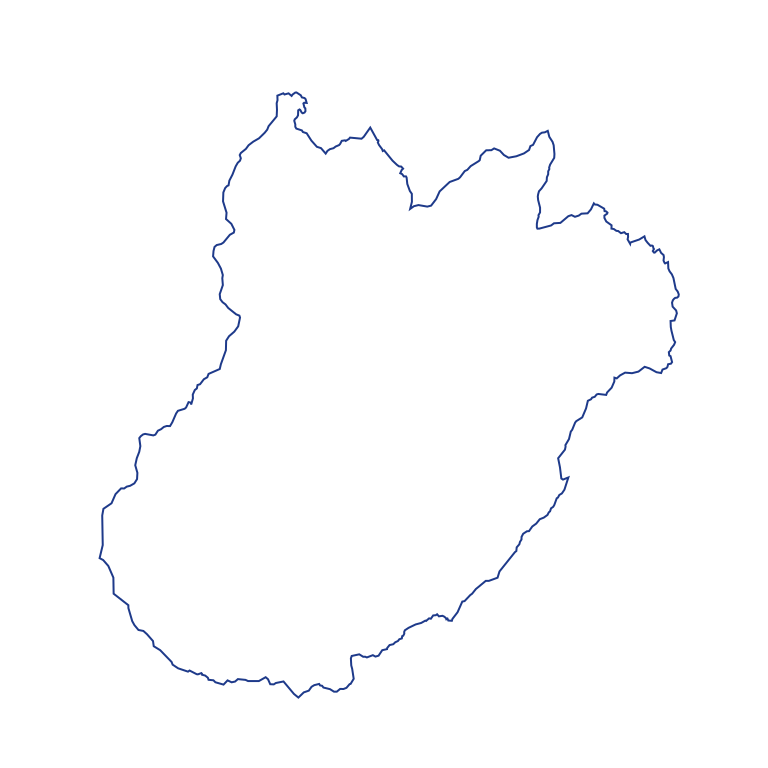 Sao Lourenco Dos Orgaos, São Salvador do Mundo, Cabo Verde (Equal Earth projection), rotated 353°
{"feature_id": "66160863B72941798312267", "entity_name": "Sao Lourenco Dos Orgaos", "entity_type": "district", "adm_level": 2, "iso_a3": "CPV", "parent_name": "Cabo Verde", "parent_adm1": "São Salvador do Mundo", "projection": "equal_earth", "projection_center": [-23.584, 15.067], "detail": "fine", "context": "isolated", "style": "outline", "palette": "blue", "viewbox_px": 768, "rotation_deg": 353, "n_neighbors": 0, "source": "geoboundaries", "source_scale": "gbopen_adm2", "svg_char_len": 6137}
<svg xmlns="http://www.w3.org/2000/svg" viewBox="0 0 768 768"><g transform="rotate(353 384 384)"><path d="M341.5,95.6L340.9,91.7L340.0,90.5L337.4,89.5L336.6,87.3L332.7,84.0L331.5,83.9L328.6,85.5L327.4,86.8L324.7,83.9L320.5,84.5L319.5,83.2L313.3,84.8L312.9,89.3L311.7,92.2L311.2,98.8L310.1,105.3L300.9,114.0L299.1,117.3L296.2,120.1L289.9,124.9L283.8,127.5L278.7,130.5L275.6,133.8L270.0,137.3L268.7,139.2L269.4,142.5L268.3,144.8L265.8,146.6L263.3,149.9L259.1,157.7L255.3,163.3L253.9,167.9L252.3,168.4L250.2,170.2L247.9,174.3L246.5,183.1L248.6,194.8L247.3,201.0L252.0,206.4L254.3,212.8L253.4,215.4L249.2,217.1L241.9,224.0L239.5,225.2L234.9,225.7L232.5,227.3L231.0,231.2L229.9,236.5L233.9,243.6L236.2,249.6L237.3,256.2L236.4,259.3L236.1,266.2L231.9,274.8L231.8,279.8L233.7,283.1L236.4,285.7L238.6,289.5L245.7,296.8L248.8,298.5L249.2,300.5L246.3,309.0L241.8,313.8L236.0,317.7L232.6,321.8L231.2,331.2L224.5,344.5L222.8,349.1L211.1,352.6L209.4,355.8L205.8,357.3L201.4,361.8L198.8,362.3L197.7,365.6L195.5,366.9L192.9,371.2L192.6,375.0L190.1,380.9L190.0,378.9L187.8,378.2L184.7,383.2L183.1,384.3L176.2,385.5L174.1,387.9L169.2,396.2L166.5,399.7L163.2,399.2L160.2,399.8L157.2,401.7L153.9,402.8L150.9,406.4L148.8,406.9L140.8,404.4L138.7,404.7L136.2,406.2L134.5,407.9L134.6,416.0L132.8,421.5L129.6,427.5L127.2,434.3L128.4,442.1L127.3,448.3L124.1,452.2L119.6,454.1L116.2,454.5L113.4,456.0L110.3,455.6L104.1,460.6L99.0,469.2L90.3,473.7L88.3,480.2L85.2,509.6L80.5,522.2L83.8,524.5L88.2,531.0L91.8,543.2L90.1,559.2L103.3,572.4L103.0,575.3L105.2,588.7L106.9,592.9L110.3,598.2L115.1,599.8L118.3,603.5L123.4,611.0L123.5,616.2L129.4,620.9L139.3,634.0L140.0,636.8L145.0,641.1L154.4,645.6L156.1,644.7L162.7,649.2L163.9,649.5L167.5,648.7L168.1,649.6L168.0,650.4L171.0,651.6L173.4,654.1L173.8,656.2L178.6,657.3L180.3,659.5L188.1,662.8L192.6,659.1L196.4,661.5L199.9,661.2L203.0,659.1L210.5,660.8L212.9,662.3L223.6,663.6L230.8,660.6L232.9,662.9L234.5,668.1L238.0,668.7L240.2,667.6L248.0,667.0L256.8,680.6L260.8,684.8L266.8,680.3L272.0,679.2L275.2,675.7L278.1,674.4L283.1,673.8L283.8,675.4L285.8,676.0L286.9,677.9L293.2,680.3L296.9,683.3L299.7,683.6L303.3,681.3L306.6,681.8L309.7,681.0L313.3,677.7L314.3,677.6L318.0,672.9L317.7,662.9L317.2,659.3L317.7,652.3L318.8,650.0L326.5,649.3L330.1,652.2L332.1,652.4L333.7,653.3L339.9,651.8L342.3,653.5L345.5,653.0L349.8,648.0L354.7,647.5L355.0,646.4L357.7,643.8L361.5,643.4L363.7,641.7L366.5,640.8L368.1,639.2L370.7,638.7L371.3,636.5L372.4,636.2L373.7,634.3L373.8,632.6L374.7,631.0L378.7,629.0L386.1,626.5L391.8,625.7L396.2,623.9L396.9,624.3L400.2,622.1L401.9,622.7L404.6,619.7L407.3,619.8L408.6,619.0L410.2,621.3L413.8,621.2L415.5,622.3L417.0,624.0L417.2,625.1L418.4,624.6L419.0,626.6L422.5,627.3L423.3,625.5L429.2,619.5L435.2,609.5L437.5,609.3L443.9,604.0L445.9,602.9L450.2,598.7L461.0,591.8L464.0,592.2L473.1,590.1L475.8,584.1L493.4,566.9L495.0,565.9L495.8,562.3L498.8,559.6L499.7,557.3L501.5,555.1L501.9,552.5L503.9,549.6L507.9,547.6L510.0,547.7L513.8,543.5L518.1,541.1L522.1,537.2L526.3,536.1L530.3,533.9L531.9,531.5L533.3,530.6L534.6,527.8L537.0,526.5L538.3,524.8L541.5,518.5L542.8,517.9L544.5,515.5L547.2,514.3L550.2,510.9L555.6,499.2L550.0,500.7L548.5,499.4L548.5,488.2L547.8,478.9L555.6,471.2L556.6,468.3L556.6,466.8L560.9,461.2L563.6,454.0L565.2,452.4L569.0,445.6L570.3,444.3L576.7,441.3L581.6,432.8L584.3,425.5L587.6,424.4L588.9,422.9L591.6,422.4L593.8,420.3L595.5,420.0L603.2,421.9L604.4,419.6L609.5,415.4L612.9,409.6L613.5,405.8L615.7,406.8L619.4,404.2L624.7,402.1L631.5,403.5L638.1,402.7L644.8,398.7L649.5,400.9L655.9,405.5L660.4,406.9L662.2,403.6L666.2,402.7L667.4,401.6L668.4,399.0L671.3,398.8L672.6,397.4L671.8,391.3L670.6,390.5L670.6,387.1L672.5,385.7L673.3,383.8L676.7,380.4L678.1,377.9L677.0,375.7L675.8,366.1L675.6,362.4L676.1,356.4L680.1,356.3L683.3,349.5L682.9,346.6L679.9,342.4L679.8,338.4L680.9,336.1L682.1,334.9L683.5,334.0L685.5,334.0L686.9,333.0L687.5,331.0L686.8,328.1L685.1,325.2L684.2,314.1L683.1,310.3L681.2,307.0L680.3,304.0L680.8,297.6L677.7,298.6L677.2,297.9L676.5,295.6L677.3,292.2L677.2,290.1L675.0,287.6L673.7,283.9L671.3,284.7L668.7,286.6L667.9,286.4L667.0,284.8L668.4,282.9L668.0,282.3L667.7,279.9L666.8,279.2L665.3,279.3L662.9,276.0L661.1,273.0L660.5,269.2L654.9,271.7L645.8,273.6L645.4,274.9L643.4,270.1L644.2,267.8L644.4,264.8L642.7,264.7L641.0,262.6L637.6,263.2L635.1,260.7L633.3,260.3L631.0,258.2L628.7,257.5L629.2,254.2L624.4,249.8L623.0,246.0L623.3,243.7L626.3,242.1L626.7,241.1L625.3,239.6L624.0,239.3L623.9,236.8L617.7,232.1L615.1,231.5L614.3,230.3L610.7,235.9L606.9,239.4L600.7,239.0L597.8,240.6L593.9,241.3L590.7,239.2L587.4,239.9L578.7,245.6L572.3,245.2L569.2,247.0L557.1,248.7L555.2,248.5L554.8,247.3L555.2,243.8L556.3,240.0L557.9,236.9L557.9,235.3L559.8,232.7L560.4,228.0L559.4,220.2L559.5,216.6L560.1,214.5L561.3,211.6L564.3,209.0L570.2,202.3L570.9,198.6L572.5,195.9L572.9,192.9L574.3,190.8L574.3,189.3L575.6,186.5L580.5,180.3L581.2,176.5L581.5,167.7L580.8,164.2L578.2,158.8L577.4,152.7L574.3,153.8L571.4,153.8L569.3,154.8L566.0,157.7L561.1,164.8L558.3,165.7L556.5,169.4L551.0,172.2L543.1,174.1L535.2,174.6L530.9,171.3L527.5,166.6L522.0,163.6L519.1,165.0L513.9,164.5L507.8,169.2L506.3,173.5L505.2,174.3L496.6,178.3L492.8,181.6L490.1,182.5L484.7,188.1L482.8,189.4L473.8,191.5L462.7,199.6L458.3,206.8L452.5,212.7L448.6,213.2L440.0,210.6L435.3,211.2L431.3,213.4L433.9,206.6L434.8,198.6L433.2,195.6L431.5,188.3L431.6,181.8L431.1,180.6L429.0,180.4L427.6,177.9L425.8,176.8L427.6,173.8L429.2,172.6L427.6,170.3L425.4,169.8L423.5,168.0L419.7,163.4L412.6,152.1L411.2,152.6L410.7,150.6L408.2,146.2L407.3,143.5L408.1,142.1L408.0,141.3L406.9,141.0L401.6,127.8L394.0,136.2L391.6,137.8L380.3,135.3L379.1,136.5L375.6,138.1L375.0,137.4L371.7,137.5L369.7,140.4L368.5,141.4L365.0,142.4L362.6,143.8L359.0,144.3L356.3,145.7L354.2,148.2L350.2,142.2L346.3,140.4L341.6,133.6L337.8,125.7L334.2,124.0L333.4,122.3L328.1,119.8L327.3,117.9L327.6,115.5L327.0,111.8L327.7,110.4L330.0,108.8L331.4,106.9L332.2,101.9L333.6,101.2L334.3,101.8L335.4,104.6L336.4,105.4L338.2,104.9L339.3,103.6L339.5,100.8L338.7,99.8L338.2,95.7L339.1,95.1L341.5,95.6Z" fill="none" stroke="#1e3a8a" stroke-width="2"/></g></svg>